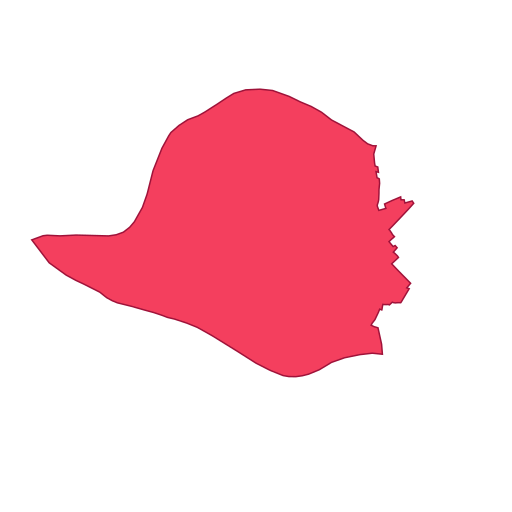 outline of Long Bien, Ha Noi, Vietnam, rotated 320°
{"feature_id": "81297802B92281690814663", "entity_name": "Long Bien", "entity_type": "district", "adm_level": 2, "iso_a3": "VNM", "parent_name": "Vietnam", "parent_adm1": "Ha Noi", "projection": "orthographic", "projection_center": [105.905, 21.038], "detail": "fine", "context": "isolated", "style": "filled", "palette": "rose", "viewbox_px": 512, "rotation_deg": 320, "n_neighbors": 0, "source": "geoboundaries", "source_scale": "gbopen_adm2", "svg_char_len": 2339}
<svg xmlns="http://www.w3.org/2000/svg" viewBox="0 0 512 512"><g transform="rotate(320 256 256)"><path d="M144.6,238.9L146.0,241.2L148.7,246.1L153.1,252.0L159.9,263.0L163.9,270.5L165.2,273.0L171.2,288.9L180.5,317.1L187.2,338.3L192.7,351.2L193.8,353.6L199.9,365.0L203.6,369.4L208.9,374.0L214.5,377.5L220.3,380.3L231.3,383.8L245.4,386.0L258.5,390.9L272.3,398.4L282.6,405.2L289.7,412.5L295.5,404.3L303.3,389.4L302.7,388.5L301.1,386.1L299.7,383.1L301.6,382.2L306.2,381.2L313.4,377.9L316.6,376.2L317.7,378.2L317.9,378.1L320.8,375.6L321.4,375.2L322.1,374.6L323.1,375.7L324.5,376.9L325.0,377.3L325.6,377.7L325.7,377.8L326.2,378.2L326.7,379.2L330.7,379.0L331.4,380.2L332.7,381.6L334.1,382.5L335.7,383.8L336.8,384.8L337.7,384.6L352.3,379.5L351.0,377.3L356.9,376.3L355.5,358.7L354.9,349.2L364.2,348.7L364.4,346.9L364.1,343.6L363.7,341.3L364.5,341.2L368.9,340.5L369.4,340.4L369.3,337.4L367.1,336.9L367.1,334.0L367.1,330.5L369.8,330.3L374.5,330.2L374.5,329.8L374.4,329.2L374.4,328.6L374.4,328.1L374.3,327.7L374.3,327.4L374.4,326.9L374.5,326.5L374.6,325.9L374.7,325.3L374.8,324.6L374.8,323.9L374.9,323.2L375.0,322.3L374.9,321.5L374.9,321.2L379.3,320.8L390.2,319.6L402.9,318.1L410.7,317.0L411.0,314.2L404.1,311.1L405.6,308.2L403.2,306.1L404.8,303.7L395.7,300.9L387.9,298.8L386.1,303.0L379.4,300.0L380.1,298.2L380.8,296.2L381.2,295.4L381.8,294.8L383.1,294.0L384.3,293.2L385.4,292.4L386.3,291.6L390.5,287.0L392.8,284.3L393.7,283.4L397.4,279.8L400.0,276.2L399.6,275.0L399.0,273.9L402.2,268.5L403.6,270.6L406.5,266.1L405.1,263.6L406.6,261.0L411.7,253.6L418.8,248.8L416.3,246.6L415.4,245.0L413.6,241.8L412.3,236.1L410.9,224.1L408.8,218.9L401.3,200.4L399.7,193.0L398.6,188.0L394.4,176.9L389.0,166.4L384.0,155.1L375.1,139.9L370.3,134.9L366.3,130.8L354.9,122.1L343.5,117.2L334.6,115.9L330.0,115.4L329.2,115.3L323.6,114.7L318.4,114.0L316.8,113.8L309.1,112.8L301.7,111.4L295.2,109.1L291.2,107.7L281.0,106.5L270.2,106.7L266.5,107.8L253.2,113.0L232.3,124.3L231.1,125.1L213.8,137.6L211.9,138.9L200.2,145.8L184.8,151.6L177.7,152.8L169.7,152.5L162.6,149.9L155.9,145.8L139.2,131.0L131.6,124.3L118.8,114.6L109.4,105.9L105.9,103.6L94.6,99.5L93.2,128.3L98.3,148.6L102.4,159.0L105.8,166.3L113.1,183.3L114.4,189.8L114.9,192.1L117.2,198.0L118.3,200.0L119.6,202.6L128.2,214.4L136.6,226.8L141.2,233.4L144.6,238.9Z" fill="#f43f5e" stroke="#9f1239" stroke-width="1.5"/></g></svg>